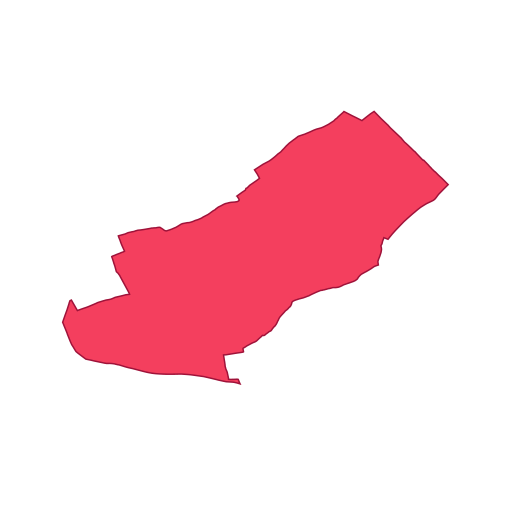 outline of Bueng Kum, Bangkok Metropolis, Thailand, rotated 257°
{"feature_id": "78962969B8359958585386", "entity_name": "Bueng Kum", "entity_type": "district", "adm_level": 2, "iso_a3": "THA", "parent_name": "Thailand", "parent_adm1": "Bangkok Metropolis", "projection": "robinson", "projection_center": [100.65, 13.809], "detail": "fine", "context": "isolated", "style": "filled", "palette": "rose", "viewbox_px": 512, "rotation_deg": 257, "n_neighbors": 0, "source": "geoboundaries", "source_scale": "gbopen_adm2", "svg_char_len": 6019}
<svg xmlns="http://www.w3.org/2000/svg" viewBox="0 0 512 512"><g transform="rotate(257 256 256)"><path d="M321.5,434.6L323.0,433.4L325.5,431.8L329.5,429.2L331.7,427.7L333.6,426.3L336.2,425.0L338.6,423.8L338.8,423.6L350.7,415.7L353.1,414.4L353.6,414.2L353.8,414.0L361.7,408.8L370.3,403.6L368.8,399.6L366.9,395.5L364.5,390.4L364.1,389.7L368.6,384.3L371.0,381.3L371.6,380.6L377.0,374.2L376.2,373.0L374.1,369.1L372.8,366.8L372.1,365.8L371.5,364.3L371.1,363.6L370.2,362.3L369.4,360.1L368.0,356.3L367.0,352.4L366.5,350.2L366.2,348.3L366.0,343.4L365.6,340.6L364.5,335.2L364.1,332.7L363.8,331.2L363.2,324.7L362.9,323.5L362.3,322.4L361.9,321.4L361.4,320.4L360.8,318.9L359.8,316.7L358.5,313.8L356.4,310.2L354.1,306.9L353.9,306.5L353.7,306.2L352.9,305.0L351.9,303.6L351.0,301.6L350.7,300.7L348.8,297.3L347.7,295.1L346.4,292.3L346.0,291.3L345.5,290.0L343.8,283.5L340.3,273.9L335.4,275.7L330.9,276.9L329.2,273.1L326.5,266.2L326.3,265.8L326.1,265.4L324.4,262.8L324.1,261.4L322.6,260.5L321.1,256.5L318.7,250.9L318.6,251.0L317.7,251.3L316.1,251.9L315.1,252.1L314.7,252.2L314.1,252.1L313.9,251.9L313.5,251.1L313.3,250.4L313.2,249.7L313.3,248.3L313.4,247.1L313.9,243.9L314.0,242.6L314.0,242.1L314.0,241.1L313.9,239.2L314.0,238.7L313.9,238.0L313.8,237.0L313.5,235.7L312.8,233.2L312.2,230.5L311.8,229.4L311.3,228.4L310.9,227.4L310.6,227.1L310.2,226.3L309.8,224.8L309.6,224.2L307.6,219.5L307.2,218.5L307.1,218.0L306.8,216.9L306.4,215.3L305.8,213.0L305.2,211.5L304.5,207.6L304.3,204.7L303.9,202.7L303.7,201.1L303.6,199.1L303.6,198.3L303.9,196.7L304.1,191.8L303.9,190.3L302.7,186.8L302.0,184.6L301.9,184.1L301.5,181.8L301.1,179.7L300.9,178.0L300.6,174.4L300.8,173.8L301.1,173.2L301.4,172.7L302.3,171.9L303.0,171.3L304.0,170.4L304.6,169.8L305.1,169.3L305.6,168.8L305.7,168.0L305.9,167.2L306.0,164.5L306.3,163.1L306.6,160.8L306.7,160.4L306.7,158.8L307.0,153.5L307.3,149.6L307.7,146.7L307.6,144.4L307.4,142.8L307.4,142.1L307.5,140.2L307.5,136.7L307.4,136.0L306.9,133.5L306.7,128.4L306.6,126.4L306.0,126.4L303.9,126.7L302.1,127.0L299.3,127.3L297.3,127.6L296.2,127.8L295.2,128.0L292.7,128.5L291.2,128.8L290.3,129.0L289.9,128.0L289.7,126.0L289.5,124.7L289.3,124.0L289.2,123.0L288.8,120.1L288.5,118.7L288.2,116.4L288.0,115.6L287.9,115.3L287.5,115.3L286.1,115.5L283.6,115.7L282.5,115.8L281.8,115.9L281.5,115.8L281.3,115.8L280.8,115.9L277.8,116.2L272.3,116.4L272.0,116.5L270.4,117.6L270.1,117.8L268.5,118.4L268.0,118.7L266.4,119.1L252.3,123.0L248.5,124.0L247.4,124.2L247.1,124.2L247.4,121.5L247.5,120.2L247.4,116.0L247.4,110.1L247.4,109.5L247.0,107.4L246.7,105.7L246.6,104.6L246.6,103.2L246.7,101.6L246.7,100.9L246.8,100.5L246.8,99.9L246.6,96.1L246.4,93.5L246.3,91.9L246.1,90.5L245.9,90.0L245.8,89.5L245.7,88.7L245.4,87.2L245.0,84.9L244.7,83.1L244.4,81.5L244.1,79.3L244.0,78.3L243.8,76.2L243.2,70.9L243.0,69.7L254.6,66.2L254.3,64.7L252.8,63.7L251.5,63.0L246.1,59.8L241.3,56.7L236.7,53.8L234.9,52.7L233.3,53.0L231.2,53.3L229.4,53.6L227.6,53.9L223.2,54.6L222.6,54.6L217.9,55.3L215.3,55.7L213.1,56.1L211.1,56.5L208.6,57.4L206.4,58.1L203.7,59.0L203.0,59.4L202.0,60.2L201.8,60.3L196.4,64.8L193.8,67.0L191.7,71.6L190.0,75.0L188.3,78.7L186.7,82.2L185.8,84.1L184.9,86.3L184.3,89.1L183.7,91.2L183.0,93.1L182.8,93.7L182.4,94.4L181.2,96.8L180.7,98.1L178.2,102.4L177.4,103.8L176.1,106.2L173.9,110.8L172.0,114.4L168.8,120.5L167.4,123.3L166.7,124.8L165.1,128.5L163.9,131.9L162.9,135.2L162.3,137.3L161.5,140.2L160.8,142.9L159.8,147.2L159.2,150.0L158.1,155.3L157.6,157.3L156.1,162.2L155.1,165.3L154.1,168.0L150.3,177.9L147.5,183.7L144.2,190.3L143.7,191.2L141.7,195.4L140.2,198.7L138.4,204.8L137.9,206.2L136.6,208.9L135.0,211.7L136.0,211.5L139.8,210.9L139.9,210.7L140.2,209.9L140.7,207.2L141.5,203.3L141.8,202.3L142.0,201.5L142.5,201.6L143.8,201.7L149.2,201.8L151.2,201.5L152.5,201.2L154.1,201.2L154.9,201.1L156.2,201.2L156.3,201.2L156.5,201.3L159.7,201.6L161.7,201.7L166.9,202.1L166.9,202.3L166.5,204.5L166.3,207.7L166.1,210.4L165.8,215.0L165.4,219.5L165.3,221.5L165.3,221.9L165.4,222.1L165.5,222.3L167.7,222.4L168.4,222.4L168.8,222.6L169.0,222.7L169.1,222.9L169.8,225.2L170.4,226.6L170.8,228.0L171.1,229.2L171.9,232.1L172.3,234.0L172.4,234.7L172.6,235.9L173.1,237.4L174.1,239.1L175.5,241.5L176.1,242.7L177.1,244.3L177.2,244.6L176.9,245.1L176.8,245.5L176.8,246.1L176.8,246.3L177.3,247.5L177.6,247.9L178.1,249.1L178.9,250.9L179.3,251.6L179.7,253.6L180.5,254.7L181.4,255.6L182.6,257.2L183.0,257.7L183.4,258.6L183.6,258.8L184.1,259.4L184.8,260.2L185.8,261.1L187.9,262.7L188.5,263.3L189.3,263.9L189.7,264.1L191.1,265.5L191.9,266.6L192.3,267.1L194.6,270.5L196.0,272.4L196.3,273.1L196.5,273.7L197.0,274.6L197.4,275.3L198.1,276.2L198.8,277.3L198.8,277.6L199.0,277.7L199.3,278.2L199.6,278.6L200.1,278.9L200.2,279.1L201.0,279.7L201.7,280.0L202.1,280.3L202.6,280.4L202.9,280.7L203.4,281.4L203.7,282.1L203.9,283.0L204.2,284.7L204.3,286.3L204.5,288.1L204.6,292.6L204.9,295.1L205.2,297.1L205.3,298.5L205.6,299.5L206.1,301.5L207.2,306.8L207.9,311.3L207.7,312.7L207.8,313.6L207.7,314.6L207.9,319.5L207.8,320.1L207.8,321.2L207.9,323.1L207.9,323.9L207.3,326.4L207.1,328.6L207.1,329.7L207.3,331.2L207.7,333.1L208.2,334.8L209.3,345.2L209.8,347.4L210.7,349.4L211.1,349.9L212.2,350.9L213.5,352.7L214.5,354.4L215.7,358.5L216.0,359.8L216.9,362.7L217.8,365.4L219.1,368.6L219.4,370.1L219.7,373.2L220.9,373.3L222.4,373.4L222.9,373.5L223.4,373.6L224.9,374.5L226.0,375.2L226.8,375.8L228.0,376.6L228.5,376.9L230.0,377.8L230.8,378.3L231.3,378.6L232.0,378.9L233.9,379.7L235.6,380.0L237.3,380.0L238.0,380.1L239.4,381.4L240.3,381.9L242.0,382.7L243.7,383.9L244.6,384.4L245.1,384.7L242.6,388.4L244.3,390.5L246.7,393.6L249.8,398.0L254.0,404.4L256.3,408.0L258.4,411.7L261.8,418.0L264.9,424.1L266.3,427.1L266.9,428.7L268.0,431.9L268.7,434.1L269.9,439.5L270.4,441.4L270.8,442.3L271.2,443.1L272.4,444.7L273.8,446.3L275.1,447.9L279.0,454.0L282.3,459.3L285.4,457.4L289.9,454.6L293.5,452.1L297.6,449.6L298.1,449.0L299.0,448.5L301.9,446.6L302.5,446.4L304.2,445.3L305.3,444.7L305.6,444.6L311.7,440.9L311.7,440.4L312.3,439.9L319.9,435.4L321.5,434.6Z" fill="#f43f5e" stroke="#9f1239" stroke-width="1.5"/></g></svg>